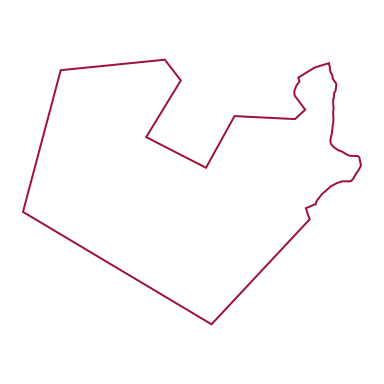 outline of Sadat City, Al Buhayrah, Egypt
{"feature_id": "37247803B47904528840221", "entity_name": "Sadat City", "entity_type": "district", "adm_level": 2, "iso_a3": "EGY", "parent_name": "Egypt", "parent_adm1": "Al Buhayrah", "projection": "mercator", "projection_center": [30.833, 30.358], "detail": "fine", "context": "isolated", "style": "outline", "palette": "rose", "viewbox_px": 384, "rotation_deg": 0, "n_neighbors": 0, "source": "geoboundaries", "source_scale": "gbopen_adm2", "svg_char_len": 1868}
<svg xmlns="http://www.w3.org/2000/svg" viewBox="0 0 384 384"><path d="M164.8,59.7L60.7,70.2L23.0,211.9L211.5,324.3L309.7,219.3L307.8,214.3L305.9,208.2L312.8,205.3L314.8,204.4L315.6,204.5L315.7,204.4L315.7,204.2L315.8,203.8L315.9,203.4L316.0,202.9L316.2,202.4L316.4,202.0L316.5,201.5L316.7,201.1L316.9,200.7L317.2,200.2L322.2,193.9L324.3,192.1L324.7,191.8L330.9,186.3L336.0,183.6L336.8,183.1L342.3,181.3L349.6,181.4L350.9,180.9L351.3,180.8L353.2,178.8L356.2,173.4L358.5,170.3L361.0,165.6L359.8,159.9L359.7,159.1L359.7,158.9L359.7,158.7L359.6,158.4L359.6,158.2L359.5,157.9L359.4,157.8L359.4,157.7L359.2,157.4L359.1,157.2L358.9,157.0L358.8,156.9L358.7,156.7L358.4,156.5L358.2,156.4L357.9,156.2L357.7,156.1L357.4,156.1L357.2,156.0L356.8,156.0L356.7,156.0L356.4,156.0L356.2,156.0L349.9,155.8L346.4,154.3L341.8,151.5L339.3,150.6L338.6,150.3L337.2,149.6L336.6,149.2L336.0,148.7L334.0,147.2L332.9,146.1L332.0,145.3L331.0,143.7L330.7,142.8L330.6,142.3L330.5,141.7L330.3,141.0L330.3,140.9L330.4,140.5L330.7,138.5L331.0,136.7L331.9,133.2L332.0,132.3L332.2,129.6L332.5,128.6L332.5,128.0L332.6,126.9L332.6,126.5L333.2,123.2L333.4,120.8L333.4,118.7L333.4,118.4L333.3,116.2L333.2,115.1L333.1,111.8L333.2,111.2L333.6,108.9L333.6,108.3L333.5,108.0L333.3,105.5L333.2,104.1L333.1,103.3L333.2,100.8L333.3,99.1L333.3,98.6L333.7,98.3L334.0,96.8L334.1,96.2L334.0,94.2L334.2,93.2L334.5,92.4L335.2,91.7L335.4,90.5L335.5,90.2L335.8,89.2L336.0,87.6L336.1,87.0L336.3,85.0L336.3,84.0L335.7,82.8L334.4,81.1L332.9,78.9L332.7,78.2L332.6,77.1L332.5,75.9L332.0,74.8L330.7,72.3L329.8,69.3L330.0,66.9L329.3,65.4L329.2,64.9L329.1,63.2L328.1,63.4L314.5,67.6L307.2,72.1L298.3,77.6L299.5,81.5L296.4,85.6L294.3,91.1L294.6,95.5L296.4,98.0L296.9,98.5L305.2,109.7L295.0,119.1L234.5,116.1L206.0,167.8L146.2,137.1L172.0,94.8L172.3,94.4L180.8,80.4L164.8,59.7Z" fill="none" stroke="#9f1239" stroke-width="2"/></svg>